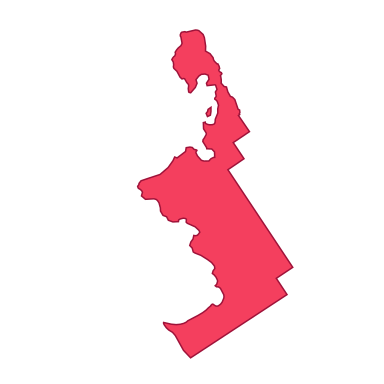 Chippewa, Michigan, United States of America (Albers equal-area conic projection), rotated 236°
{"feature_id": "52423323B85773519026200", "entity_name": "Chippewa", "entity_type": "district", "adm_level": 2, "iso_a3": "USA", "parent_name": "United States of America", "parent_adm1": "Michigan", "projection": "albers", "projection_center": [-84.214, 46.343], "detail": "fine", "context": "isolated", "style": "filled", "palette": "rose", "viewbox_px": 384, "rotation_deg": 236, "n_neighbors": 0, "source": "geoboundaries", "source_scale": "gbopen_adm2", "svg_char_len": 3126}
<svg xmlns="http://www.w3.org/2000/svg" viewBox="0 0 384 384"><g transform="rotate(236 192 192)"><path d="M229.5,274.8L230.0,274.8L230.6,275.1L230.9,276.0L233.3,277.3L234.9,276.5L244.7,279.2L248.0,278.6L249.8,277.3L255.0,277.7L259.8,279.3L261.5,277.6L266.1,277.0L266.4,277.5L268.7,279.0L271.6,280.4L272.5,280.5L273.3,282.9L274.6,283.1L275.3,282.5L277.6,282.1L278.4,282.6L278.8,283.9L281.1,284.8L283.8,285.1L284.2,284.4L287.9,283.7L289.5,283.8L291.6,284.6L296.6,284.3L301.3,282.0L305.3,284.9L313.1,288.6L316.4,289.3L322.0,287.9L323.4,286.7L324.4,285.4L327.8,276.5L328.9,275.8L330.2,272.9L330.1,272.0L329.0,270.3L327.8,269.5L326.8,269.5L320.8,266.9L319.5,264.7L319.1,261.1L318.4,258.7L317.3,256.2L315.6,255.5L314.4,253.7L314.4,252.6L313.8,250.7L313.0,249.3L310.3,249.2L307.7,247.9L306.1,246.5L304.6,246.1L300.5,247.0L293.8,246.3L291.3,246.9L290.8,248.5L290.0,249.2L285.6,248.9L283.2,249.2L281.9,248.6L279.8,246.7L276.8,245.2L276.2,245.3L275.0,246.4L276.8,253.2L279.3,257.0L282.9,258.1L284.3,262.5L284.3,265.6L282.5,268.8L279.8,270.7L276.0,269.2L274.1,264.8L271.7,264.0L268.1,270.9L267.4,271.3L263.1,270.1L261.8,267.3L258.2,265.8L257.6,265.3L257.0,263.3L256.2,262.8L255.1,263.3L253.1,263.6L249.1,262.5L246.5,259.8L243.0,257.5L239.3,252.0L237.0,250.2L236.1,249.0L236.0,248.1L236.5,246.4L237.8,244.3L239.2,242.8L241.3,241.5L242.5,242.1L243.2,240.2L237.9,236.9L233.4,236.8L232.4,236.5L231.7,235.9L229.6,231.8L229.3,230.6L227.8,229.2L220.5,228.9L219.6,228.4L216.6,232.4L212.7,233.1L208.0,230.2L208.6,229.3L209.0,226.4L208.3,223.3L210.9,219.3L213.0,217.5L218.7,216.7L222.4,217.2L223.5,218.4L223.5,218.8L223.5,219.1L223.6,219.3L224.0,219.4L224.3,219.3L224.5,219.1L226.3,217.5L227.8,217.3L228.8,217.1L230.4,215.4L232.0,212.0L229.2,209.3L228.6,198.7L230.7,197.2L228.6,193.8L225.6,185.8L224.4,175.3L227.7,163.7L229.8,156.0L228.8,152.9L227.9,152.2L227.1,150.1L225.4,149.6L224.3,149.9L223.3,150.5L221.3,151.0L219.5,150.8L217.0,147.9L212.0,149.3L207.6,156.7L206.0,158.0L205.8,158.2L204.2,158.6L201.5,158.6L196.5,156.9L194.6,155.7L193.7,155.2L189.0,154.9L188.8,154.9L185.7,157.1L181.8,156.6L177.9,159.4L175.0,164.2L176.3,165.3L176.2,167.3L175.1,170.2L173.7,171.7L172.5,172.1L170.3,170.3L168.7,170.6L161.3,175.2L156.3,176.3L154.3,176.0L153.5,173.9L153.1,172.2L153.9,170.3L155.0,169.2L152.5,166.6L151.2,163.1L148.9,160.2L145.4,160.8L141.6,159.5L139.8,160.3L134.6,163.9L127.4,167.1L122.6,168.8L118.0,169.2L115.8,168.1L114.9,165.5L113.1,163.3L110.9,164.0L108.1,164.3L104.7,163.8L103.6,163.2L101.7,160.9L101.3,158.8L99.7,159.3L98.5,160.9L96.3,161.7L89.1,160.9L87.5,160.1L86.3,159.1L83.8,155.4L83.0,152.9L82.9,150.2L83.4,148.8L84.6,147.7L87.4,146.6L87.7,145.8L87.4,144.1L87.1,144.0L86.8,140.8L86.2,137.8L86.0,133.4L86.3,128.0L87.6,116.7L87.3,114.5L87.7,111.7L88.9,108.3L90.9,104.7L94.0,100.9L99.7,95.5L99.3,95.1L97.6,94.7L93.8,94.8L90.7,95.5L86.5,97.4L82.3,97.9L65.4,96.4L55.3,98.1L53.8,213.4L73.3,213.6L73.2,233.4L190.4,234.2L190.5,253.7L209.9,253.8L209.9,273.4L229.5,273.3L229.5,274.8ZM245.9,247.0L245.4,250.2L248.1,252.7L251.6,255.1L251.5,251.5L250.0,249.9L249.3,247.7L245.9,247.0Z" fill="#f43f5e" stroke="#9f1239" stroke-width="1.5"/></g></svg>